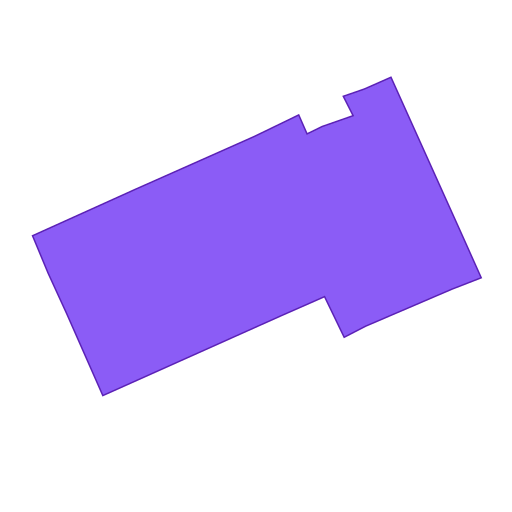 Oneida, Wisconsin, United States of America (Equal Earth projection), rotated 336°
{"feature_id": "52423323B37624574401455", "entity_name": "Oneida", "entity_type": "district", "adm_level": 2, "iso_a3": "USA", "parent_name": "United States of America", "parent_adm1": "Wisconsin", "projection": "equal_earth", "projection_center": [-89.465, 45.683], "detail": "fine", "context": "isolated", "style": "filled", "palette": "violet", "viewbox_px": 512, "rotation_deg": 336, "n_neighbors": 0, "source": "geoboundaries", "source_scale": "gbopen_adm2", "svg_char_len": 418}
<svg xmlns="http://www.w3.org/2000/svg" viewBox="0 0 512 512"><g transform="rotate(336 256 256)"><path d="M60.1,146.6L59.1,187.2L59.6,231.7L59.3,321.2L254.7,320.8L302.1,321.0L303.5,366.1L327.5,364.7L421.9,366.0L452.9,367.5L452.8,323.5L452.0,147.6L422.8,147.5L400.7,145.6L401.8,167.3L369.2,164.6L352.3,165.2L352.4,144.5L303.3,146.1L172.7,146.0L60.1,146.6Z" fill="#8b5cf6" stroke="#5b21b6" stroke-width="1.5"/></g></svg>